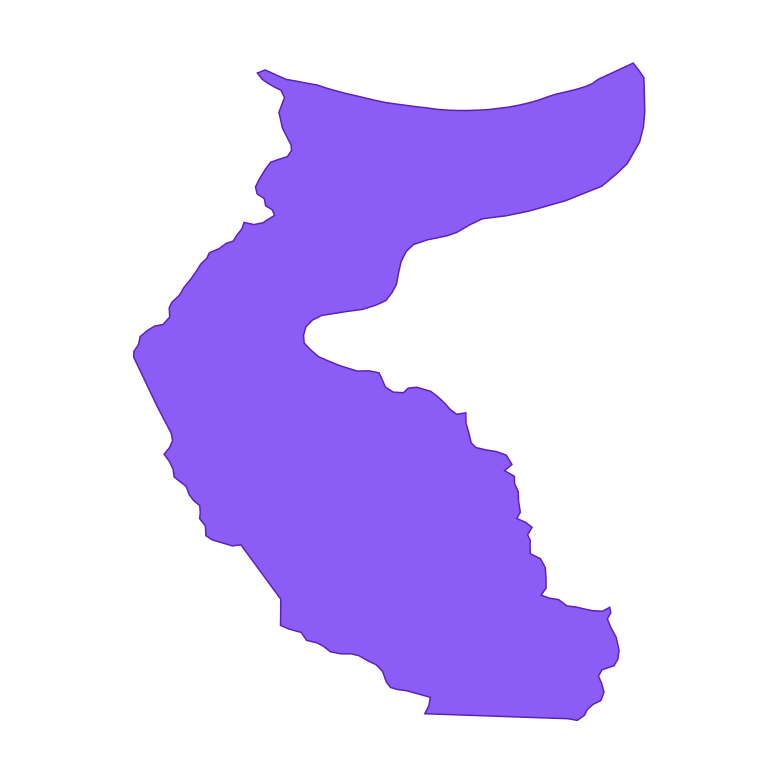 Ituberá, Bahia, Brazil, rotated 272°
{"feature_id": "56859067B48317251517173", "entity_name": "Ituberá", "entity_type": "district", "adm_level": 2, "iso_a3": "BRA", "parent_name": "Brazil", "parent_adm1": "Bahia", "projection": "equal_earth", "projection_center": [-39.132, -13.75], "detail": "fine", "context": "isolated", "style": "filled", "palette": "violet", "viewbox_px": 768, "rotation_deg": 272, "n_neighbors": 0, "source": "geoboundaries", "source_scale": "gbopen_adm2", "svg_char_len": 2983}
<svg xmlns="http://www.w3.org/2000/svg" viewBox="0 0 768 768"><g transform="rotate(272 384 384)"><path d="M713.4,621.8L696.1,587.7L691.2,581.3L688.3,574.9L685.6,567.2L682.8,557.5L679.7,545.9L676.7,537.5L673.3,529.1L670.4,520.3L667.6,510.1L665.0,498.6L663.2,487.0L662.0,479.6L661.1,470.6L660.3,458.8L659.9,448.4L659.9,438.4L660.3,428.0L661.5,416.6L662.3,405.8L663.2,396.8L664.1,387.4L665.3,376.1L667.0,366.3L668.9,356.6L671.0,346.4L673.1,335.3L675.2,326.4L677.3,317.6L680.5,306.7L681.7,297.6L683.6,285.9L685.0,275.6L689.1,265.4L693.7,254.3L690.4,246.6L684.2,251.8L680.3,257.8L676.9,264.2L674.0,270.7L666.8,274.6L658.7,271.8L651.8,269.5L644.7,271.4L636.4,273.5L626.0,279.2L619.7,282.8L614.0,283.4L607.8,279.5L605.0,271.4L601.8,263.1L594.9,258.2L584.5,252.3L576.5,248.7L569.5,250.6L565.1,257.9L557.9,259.5L554.3,266.2L548.7,268.7L544.9,263.1L540.9,257.4L538.8,248.5L540.6,238.5L534.1,236.6L528.4,232.4L521.5,228.2L519.1,221.6L513.5,214.4L509.0,204.9L503.3,202.4L497.7,196.9L489.9,192.4L481.9,187.1L473.3,180.6L465.5,176.4L458.3,169.1L452.6,166.7L443.4,167.5L435.8,161.1L433.8,152.7L429.3,145.8L422.8,138.6L414.8,137.3L407.9,132.9L402.1,132.9L353.9,158.0L327.3,173.1L320.2,174.7L313.0,171.9L306.1,166.7L298.9,172.4L291.2,176.3L283.8,177.5L274.7,189.9L266.7,193.2L261.0,197.7L256.0,204.1L248.6,204.9L243.1,204.4L235.8,210.5L226.2,211.3L222.1,218.0L219.4,228.5L216.9,238.2L218.3,246.6L165.3,288.4L139.1,289.0L135.8,297.6L132.8,310.0L125.1,315.6L123.0,325.9L119.9,332.5L114.6,339.7L112.8,350.5L113.2,360.2L111.7,368.2L106.5,378.2L103.1,386.1L96.8,392.5L86.2,396.8L80.9,401.2L79.1,408.7L78.2,417.6L75.3,429.6L72.5,441.2L64.2,440.1L55.9,436.3L55.9,469.8L55.9,517.5L55.9,579.6L54.6,588.9L59.8,595.8L65.7,598.5L71.1,604.1L75.3,611.8L83.7,614.6L92.9,611.8L99.4,608.5L106.0,611.8L110.6,623.8L117.4,627.4L126.2,628.2L138.9,624.9L149.0,619.0L157.0,615.4L163.3,618.6L168.7,617.4L164.5,610.2L164.8,599.7L166.2,591.6L167.8,584.1L168.6,574.6L174.6,566.0L175.7,556.9L178.5,548.3L185.6,553.1L195.5,552.7L206.0,551.6L214.9,546.4L219.4,536.2L227.1,535.6L232.8,535.6L238.4,532.8L245.9,537.0L250.7,530.3L254.2,521.4L260.6,524.7L271.6,522.6L281.1,521.9L288.9,518.0L296.3,517.5L301.6,507.5L308.0,514.7L317.2,508.6L320.4,498.6L321.7,488.2L323.7,478.1L328.2,473.2L337.7,470.6L347.9,467.3L358.0,466.8L356.3,457.6L361.0,450.9L367.0,445.2L373.0,438.4L378.3,430.9L381.9,416.8L380.7,408.3L376.0,403.8L376.2,393.5L381.0,385.5L388.8,381.8L395.0,378.6L396.6,368.9L396.0,356.6L400.6,339.7L405.2,327.2L409.0,317.6L416.5,308.4L422.2,302.8L429.9,301.9L438.5,304.0L445.4,310.3L450.3,319.2L455.0,343.3L456.4,351.4L457.9,360.2L462.7,373.5L467.5,383.0L475.9,389.0L484.2,393.0L495.2,394.6L506.9,396.8L517.1,401.5L524.5,408.7L529.6,422.4L534.4,442.1L538.2,451.7L546.0,464.0L552.5,476.5L554.0,485.3L556.4,500.3L562.1,523.6L573.7,559.5L579.6,572.8L589.2,594.6L602.0,608.9L612.7,619.4L634.8,631.0L650.0,634.3L665.2,635.1L687.9,633.8L699.2,633.0L706.2,627.9L713.4,621.8Z" fill="#8b5cf6" stroke="#5b21b6" stroke-width="1.5"/></g></svg>